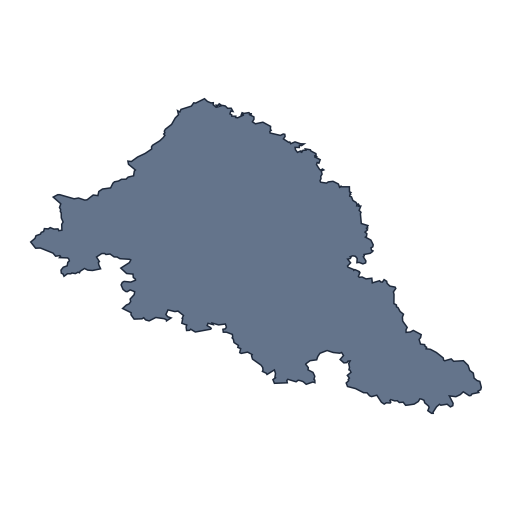 Monaghan Lea-7, Monaghan, Ireland (Equal Earth projection)
{"feature_id": "5873133B95060557510976", "entity_name": "Monaghan Lea-7", "entity_type": "district", "adm_level": 2, "iso_a3": "IRL", "parent_name": "Ireland", "parent_adm1": "Monaghan", "projection": "equal_earth", "projection_center": [-6.973, 54.288], "detail": "fine", "context": "isolated", "style": "filled", "palette": "slate", "viewbox_px": 512, "rotation_deg": 0, "n_neighbors": 0, "source": "geoboundaries", "source_scale": "gbopen_adm2", "svg_char_len": 6069}
<svg xmlns="http://www.w3.org/2000/svg" viewBox="0 0 512 512"><path d="M431.5,413.3L433.2,413.3L433.0,412.3L436.6,406.7L439.5,404.3L440.8,405.2L447.1,404.2L450.4,406.9L452.8,405.7L453.1,403.3L449.3,395.9L455.9,396.7L460.3,394.6L463.3,391.8L469.2,395.7L470.9,395.5L472.0,393.9L478.8,392.5L477.9,391.2L480.7,389.7L481.3,387.3L479.8,381.4L477.1,380.6L474.1,378.1L473.3,373.1L469.7,370.4L468.1,365.4L463.4,360.7L453.6,361.3L451.2,358.9L444.7,360.8L443.6,360.1L443.2,357.9L436.4,352.5L430.4,349.3L426.1,348.8L426.6,347.3L425.1,346.3L424.6,344.6L420.5,344.1L419.1,339.4L420.6,337.6L421.2,334.6L413.3,330.4L410.4,332.0L406.1,332.4L406.0,329.8L407.2,327.4L402.7,321.1L402.4,317.1L403.5,314.2L400.1,311.5L398.0,307.6L396.5,306.9L396.4,304.9L393.9,303.6L394.0,294.4L393.4,291.9L395.8,288.5L395.1,287.1L389.9,286.1L387.1,283.4L386.7,281.3L384.1,279.6L382.4,282.1L380.6,281.9L379.6,280.7L372.3,282.9L371.8,278.2L366.0,278.9L362.1,277.0L359.3,277.3L358.4,276.3L359.9,272.8L359.2,272.5L359.4,271.6L354.9,269.6L353.8,270.3L353.6,269.5L348.0,267.2L347.5,266.0L350.6,262.8L347.6,259.1L350.1,258.6L350.9,257.6L350.2,256.7L352.7,255.8L355.4,256.3L357.2,258.5L356.9,262.7L359.1,262.4L362.9,263.9L365.6,262.9L365.9,261.0L363.3,256.8L364.3,255.7L364.0,254.5L370.2,253.3L372.5,251.6L373.0,250.9L371.5,250.2L371.0,247.9L372.8,246.8L373.2,244.8L370.9,240.1L365.4,237.1L366.5,236.3L366.9,233.7L365.0,232.1L367.5,229.9L366.5,228.3L367.7,227.9L367.2,226.9L368.0,225.6L361.3,223.5L360.4,213.7L361.0,212.3L359.1,210.4L360.8,206.1L358.5,206.2L359.1,205.2L358.4,204.1L356.8,205.4L357.0,204.0L355.9,202.3L352.9,200.5L351.5,196.9L349.7,196.2L349.7,195.0L350.7,194.4L350.1,193.1L350.9,192.5L349.5,191.7L349.4,186.8L341.8,186.8L340.6,185.7L341.0,186.6L339.6,187.4L338.4,184.0L333.0,181.3L328.3,181.9L326.5,183.1L320.6,182.2L320.0,180.7L321.0,178.7L320.7,176.4L322.1,174.1L321.2,171.0L323.8,169.9L322.5,169.0L321.0,170.0L319.7,169.6L316.5,164.6L317.2,162.5L318.9,163.2L320.2,159.7L314.8,157.0L314.9,156.2L316.2,156.3L315.2,155.5L316.1,155.1L315.9,153.6L310.9,151.0L310.4,149.8L305.3,148.9L305.9,150.2L303.0,150.3L301.7,152.3L300.9,151.9L301.6,151.1L300.5,151.0L297.5,152.4L295.5,149.8L295.1,147.4L299.3,147.5L299.4,145.3L301.6,145.6L304.1,143.9L300.7,143.8L295.0,141.9L290.7,143.7L289.8,142.0L288.6,142.3L283.4,138.9L285.1,136.5L284.8,134.3L283.2,134.0L280.4,135.4L270.1,133.0L269.8,131.4L271.2,130.3L270.4,129.4L270.6,126.4L262.9,122.2L255.4,123.8L252.4,121.8L254.0,119.2L253.9,116.9L249.8,114.8L251.9,113.7L250.1,113.8L248.9,112.6L244.0,113.4L242.1,112.7L241.3,114.7L243.1,114.5L243.3,115.2L237.6,117.8L235.6,117.5L235.8,116.2L231.8,116.2L231.7,114.8L229.9,113.9L230.8,111.1L233.0,111.5L231.2,108.2L227.6,108.3L225.3,106.0L222.6,105.4L219.9,106.2L220.8,104.8L219.2,103.8L218.3,105.2L216.2,105.2L217.7,106.9L216.1,107.3L213.2,104.8L213.3,102.7L211.0,102.9L207.5,101.5L204.5,98.7L195.7,103.1L193.7,102.8L191.4,106.1L181.0,109.4L179.8,112.0L177.6,110.7L178.5,114.8L175.3,117.9L171.6,124.4L165.4,129.2L164.3,131.2L164.9,132.8L163.7,134.0L164.9,135.3L163.3,137.5L159.8,140.8L152.5,145.3L151.5,146.9L151.7,149.0L145.2,153.4L137.6,157.0L131.4,161.5L127.9,161.1L128.5,164.3L135.4,170.0L134.3,171.1L133.6,175.8L128.1,177.1L126.0,179.2L121.4,179.3L118.6,181.0L114.5,181.8L113.0,183.1L110.6,187.9L102.5,189.0L98.8,191.5L97.9,195.6L93.2,195.0L87.1,199.8L84.8,200.1L78.5,198.0L74.1,198.8L59.8,194.7L57.7,194.7L53.2,197.1L60.8,203.8L59.5,207.6L60.6,209.3L60.3,211.6L61.2,212.7L61.3,217.9L63.1,222.0L61.7,224.3L61.9,230.2L58.8,230.7L58.0,228.9L53.9,229.1L50.2,227.6L48.3,228.9L44.4,228.6L43.6,231.5L41.2,232.4L40.5,234.1L36.0,235.7L35.0,238.4L30.7,242.0L35.6,248.2L40.3,248.0L53.0,253.1L55.6,256.2L59.8,255.6L60.5,256.3L59.5,257.6L67.6,257.9L68.7,258.8L69.4,260.9L67.8,262.3L67.2,265.8L63.3,267.2L61.0,270.1L61.3,273.1L63.1,274.1L64.0,276.3L67.5,273.7L70.8,273.8L71.9,273.0L75.4,273.6L78.0,272.2L79.5,272.8L80.1,271.3L84.5,268.5L87.7,270.1L92.5,270.5L100.6,268.8L98.8,264.9L98.4,262.3L99.4,261.6L96.5,257.0L101.8,253.5L104.7,253.5L105.9,254.5L110.1,254.0L114.1,256.9L117.1,257.0L119.9,258.7L129.7,259.3L130.8,259.9L129.4,262.6L120.8,268.1L126.6,273.5L133.0,274.1L133.3,277.5L135.4,279.1L135.5,280.2L130.8,282.1L124.1,281.4L122.3,282.4L121.1,284.9L123.0,289.4L125.7,291.5L127.2,291.7L130.2,289.9L134.7,291.7L134.2,294.6L130.1,299.1L130.7,301.6L129.0,303.9L126.4,305.0L122.6,308.5L131.1,312.7L131.0,314.8L134.1,319.1L142.1,318.8L143.7,317.7L145.6,319.9L149.1,320.9L155.8,317.5L164.2,318.7L166.3,319.7L166.5,320.9L171.1,317.9L167.7,316.7L165.9,314.5L168.0,309.9L174.9,311.6L178.0,311.1L183.5,315.5L182.1,318.4L182.7,318.8L181.8,323.2L186.4,325.0L187.0,324.4L186.1,327.0L186.6,330.5L189.6,330.3L190.7,329.2L195.3,332.0L210.6,329.2L211.2,328.6L210.6,327.6L207.1,325.6L208.0,323.3L213.1,324.6L212.3,323.1L218.6,324.9L225.4,324.0L226.4,327.1L225.4,328.8L222.9,329.3L223.3,332.2L226.5,332.2L232.4,334.4L232.7,337.2L232.1,337.9L233.4,339.3L234.0,342.5L238.4,345.4L237.8,347.4L240.7,348.6L239.7,352.6L241.2,353.4L247.6,352.1L252.2,354.6L251.5,355.7L252.5,359.1L261.1,365.2L262.7,367.5L263.0,370.1L262.4,371.4L266.2,373.2L267.0,374.5L274.4,369.9L275.5,373.5L274.9,377.3L275.5,377.8L272.9,379.6L274.4,383.3L287.3,382.8L286.8,380.5L287.8,379.3L296.1,381.8L298.2,380.2L300.1,380.6L303.1,381.6L306.2,384.3L312.9,382.0L314.9,382.7L314.8,380.1L313.9,379.3L314.8,376.3L313.0,372.4L308.0,369.8L308.3,367.6L305.7,364.3L306.0,363.7L310.0,360.7L316.7,359.8L317.7,356.6L319.9,353.3L327.1,350.5L333.2,352.5L339.8,353.2L341.6,352.5L343.5,355.5L340.1,359.5L343.9,362.9L346.9,362.6L348.0,361.1L350.1,360.9L348.7,363.5L349.5,367.4L348.9,369.8L350.1,370.3L351.0,372.3L347.3,375.4L349.4,378.1L348.2,379.5L348.7,380.7L346.2,383.0L347.5,386.5L355.6,388.6L363.6,392.7L367.0,392.8L369.6,395.8L371.6,396.6L376.8,395.2L381.4,402.2L384.2,404.1L386.3,402.8L390.2,403.0L390.8,402.2L389.9,400.6L390.7,399.6L394.7,400.9L397.3,400.7L399.3,402.5L403.2,402.2L405.6,405.3L408.4,405.0L414.2,404.1L418.3,401.5L419.9,398.8L421.7,399.2L424.0,400.3L424.7,402.8L428.4,405.9L429.1,407.3L427.8,410.7L431.5,413.3Z" fill="#64748b" stroke="#1e293b" stroke-width="1.5"/></svg>